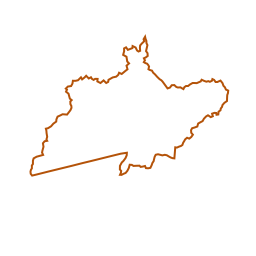 the district of Barão do Triunfo, Rio Grande do Sul, Brazil, rotated 29°
{"feature_id": "56859067B82234756423310", "entity_name": "Barão do Triunfo", "entity_type": "district", "adm_level": 2, "iso_a3": "BRA", "parent_name": "Brazil", "parent_adm1": "Rio Grande do Sul", "projection": "orthographic", "projection_center": [-51.79, -30.431], "detail": "fine", "context": "isolated", "style": "outline", "palette": "amber", "viewbox_px": 256, "rotation_deg": 29, "n_neighbors": 0, "source": "geoboundaries", "source_scale": "gbopen_adm2", "svg_char_len": 2856}
<svg xmlns="http://www.w3.org/2000/svg" viewBox="0 0 256 256"><g transform="rotate(29 128 128)"><path d="M98.7,39.9L98.6,42.8L100.1,44.3L99.1,47.5L98.6,49.9L99.5,52.0L101.2,54.6L100.1,56.0L98.3,55.8L95.6,53.9L92.3,54.1L93.1,56.0L90.0,59.7L87.2,58.4L86.0,60.3L87.4,62.7L88.3,66.4L92.1,66.4L95.1,70.2L97.6,71.0L96.5,74.2L99.1,76.9L98.1,79.2L96.3,83.8L93.4,84.0L93.7,86.3L92.8,88.8L90.1,91.2L87.6,95.3L88.3,97.3L87.1,99.2L83.6,98.2L82.1,102.0L78.6,102.1L77.6,99.8L75.4,101.0L74.6,102.6L72.6,102.5L71.0,101.6L69.7,103.7L66.1,102.6L65.5,104.9L64.3,107.7L62.3,106.5L61.1,110.5L59.3,112.1L56.9,113.4L57.9,116.1L57.9,118.9L55.3,120.9L54.5,123.7L56.0,124.0L56.2,126.3L59.3,126.8L62.9,130.5L65.2,130.9L64.7,132.8L66.1,135.1L67.7,136.1L68.8,137.8L69.0,140.4L68.2,145.8L64.1,147.7L62.7,149.8L60.9,152.2L61.2,155.1L62.1,157.2L60.6,160.4L59.9,163.8L58.1,167.0L56.5,168.4L57.9,169.9L59.3,172.0L61.6,174.9L62.2,177.5L63.5,178.4L61.5,180.0L61.0,182.6L63.2,185.4L64.0,188.8L64.7,191.1L66.8,192.7L62.0,197.4L60.2,200.3L60.7,202.7L62.3,205.6L62.1,207.4L63.5,209.9L63.4,211.7L63.9,213.5L65.1,215.2L67.2,216.1L70.6,213.0L80.0,204.2L97.1,188.4L105.6,180.4L110.5,175.9L115.9,170.9L127.5,160.1L134.1,154.0L139.0,150.2L140.1,152.5L140.4,155.6L139.9,159.3L139.3,161.1L139.3,165.0L141.0,168.2L142.9,168.9L143.5,170.7L143.7,172.8L145.1,172.1L146.3,170.2L147.7,168.5L148.2,165.8L148.1,162.6L147.3,159.3L149.2,158.4L151.2,158.5L152.8,157.5L154.4,156.5L156.3,155.4L157.9,155.9L159.6,154.6L161.3,153.0L163.1,154.4L165.1,153.5L166.9,152.0L166.7,149.0L166.3,146.7L166.5,144.6L166.0,143.0L165.3,140.4L165.2,138.0L167.0,136.4L169.7,135.7L171.3,135.3L173.2,133.6L175.2,133.0L177.3,133.1L179.6,133.1L181.5,132.8L183.3,132.1L178.7,122.0L180.3,121.4L181.7,119.5L183.0,118.1L183.8,116.5L183.4,114.1L183.5,112.2L183.5,110.2L184.4,107.9L186.7,107.6L187.7,105.2L188.0,102.4L185.6,101.5L184.2,99.3L184.2,97.1L186.0,95.3L187.9,93.1L187.2,90.1L188.6,87.8L189.9,85.8L189.9,83.1L190.7,80.0L191.8,78.1L193.4,78.2L195.1,78.4L196.5,76.6L194.6,74.7L196.3,72.8L197.9,72.1L199.0,73.5L200.4,72.4L199.3,69.8L200.3,67.7L199.7,66.0L200.0,64.0L199.5,62.1L200.1,59.3L201.5,56.4L200.0,53.5L198.8,51.0L198.5,49.0L197.5,46.7L195.0,46.9L193.0,45.4L191.0,44.8L189.0,43.0L187.4,42.3L185.9,41.7L183.8,44.5L182.3,45.3L180.0,44.2L178.1,44.3L178.5,46.0L177.2,47.9L175.5,48.1L174.1,49.5L171.7,49.9L169.0,50.1L169.0,52.0L166.4,55.4L164.2,56.5L162.7,57.3L161.1,59.9L160.2,62.1L158.4,63.1L157.5,65.0L157.6,67.1L155.8,67.1L154.2,67.0L152.0,68.4L150.4,68.7L147.7,68.0L145.5,69.4L145.1,72.3L143.4,74.2L135.6,70.6L134.0,70.1L132.0,70.0L128.7,69.1L125.6,68.0L123.1,67.4L121.2,66.2L118.9,66.7L117.4,66.7L116.6,64.0L115.1,63.1L113.6,62.5L111.5,62.8L109.9,62.7L110.0,60.6L108.1,59.3L109.4,57.5L110.3,55.4L108.8,53.1L106.5,52.0L104.8,46.1L103.0,44.8L101.8,42.9L100.1,41.5L98.7,39.9Z" fill="none" stroke="#b45309" stroke-width="2"/></g></svg>